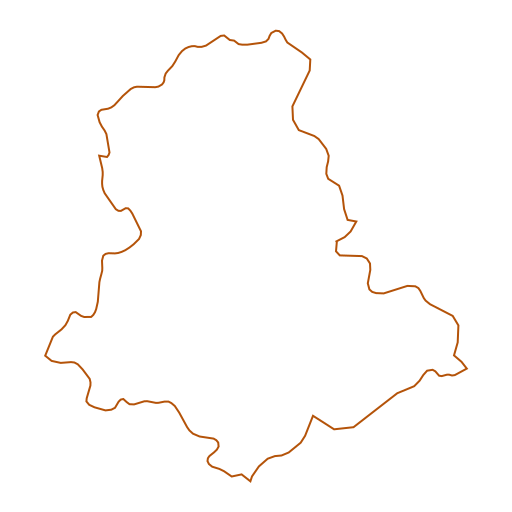 the border of Haute-Vienne
{"feature_id": "FRA-5303", "entity_name": "Haute-Vienne", "entity_type": "Metropolitan department", "adm_level": 1, "iso_a3": "FRA", "parent_name": "France", "parent_adm1": "", "projection": "orthographic", "projection_center": [1.157, 45.922], "detail": "fine", "context": "isolated", "style": "outline", "palette": "amber", "viewbox_px": 512, "rotation_deg": 0, "n_neighbors": 0, "source": "natural_earth", "source_scale": "10m", "svg_char_len": 2785}
<svg xmlns="http://www.w3.org/2000/svg" viewBox="0 0 512 512"><path d="M461.5,361.8L466.8,368.6L454.8,375.1L452.0,375.5L449.2,374.7L446.9,374.7L441.7,376.1L439.1,375.7L435.3,371.3L432.6,369.8L427.1,370.7L423.3,375.0L419.6,380.7L414.2,386.2L397.3,393.2L353.5,427.2L334.1,429.3L313.0,415.8L305.1,435.8L300.7,442.7L288.7,452.5L281.5,455.5L274.9,456.1L267.7,458.7L258.9,466.4L252.0,476.4L250.4,481.3L241.6,474.4L231.7,476.5L224.0,471.2L219.3,468.9L212.2,466.7L208.9,464.0L207.5,461.1L207.9,458.3L209.0,456.6L209.6,455.9L214.1,452.3L216.9,449.6L218.6,446.5L218.2,442.5L216.3,440.2L213.6,438.6L199.6,436.5L193.0,433.7L189.4,430.4L187.1,427.1L179.2,412.6L174.8,406.0L171.4,403.1L168.5,401.6L164.5,401.6L158.5,402.8L156.0,402.9L147.2,401.2L144.3,401.3L134.1,404.4L129.5,404.2L126.7,402.1L123.3,399.0L120.7,399.6L118.6,401.7L115.0,407.8L111.3,409.7L105.5,410.4L94.5,407.3L89.2,404.8L86.4,401.4L86.7,398.3L90.4,385.6L90.5,382.4L89.7,378.9L82.6,369.4L77.8,364.3L74.4,362.5L71.0,362.1L60.7,362.9L51.6,360.9L45.2,355.7L52.9,336.7L55.3,334.3L61.5,329.4L65.4,325.2L67.8,320.9L70.3,314.7L72.9,312.5L75.7,312.1L81.1,315.9L84.2,317.0L91.2,316.9L93.3,314.9L95.0,312.2L96.2,309.0L97.8,301.8L99.4,282.1L100.1,278.8L101.3,274.4L102.2,270.8L102.3,268.0L102.0,260.6L103.3,255.7L105.6,253.9L108.6,253.2L114.9,253.4L118.1,253.0L121.6,251.9L125.3,250.2L129.5,247.5L133.6,244.3L139.0,239.0L140.8,235.1L141.0,231.3L132.3,213.6L130.4,210.7L128.2,208.4L125.7,208.2L120.9,210.9L118.4,210.8L115.8,209.2L104.7,193.3L103.3,190.0L102.4,186.8L102.1,183.8L102.1,181.0L102.7,175.1L102.7,172.0L102.2,168.2L99.2,155.7L107.0,157.0L108.6,155.0L109.5,152.5L106.4,134.1L104.6,130.5L101.9,126.6L99.6,122.2L97.6,115.0L98.9,111.5L101.4,109.8L108.1,108.7L111.3,107.4L114.4,105.2L122.9,95.9L130.7,89.0L134.0,87.3L137.0,86.7L155.2,87.2L158.4,86.6L162.0,84.5L163.6,82.4L164.3,80.3L164.4,77.4L165.7,73.5L167.9,70.7L172.3,66.1L175.2,61.6L178.7,55.1L182.0,51.1L185.3,48.5L188.6,47.0L191.8,46.2L194.8,46.1L197.8,46.9L201.5,46.9L206.0,45.6L220.7,35.9L224.2,35.5L229.8,40.0L234.1,40.6L238.6,44.1L242.4,44.7L247.1,44.7L261.4,42.8L266.0,41.4L268.5,38.9L269.6,35.9L271.3,33.0L275.7,30.7L279.1,31.1L282.1,33.5L284.1,36.6L285.6,39.7L287.3,42.5L301.9,52.5L310.3,59.5L309.7,70.5L292.4,106.4L293.0,119.8L298.8,130.1L314.3,136.0L318.7,139.1L326.2,148.9L328.7,155.8L328.1,161.5L326.7,167.1L326.3,173.8L328.2,178.8L339.1,185.7L342.5,195.6L344.1,209.1L347.6,219.9L356.3,221.5L350.6,231.5L344.7,237.1L336.4,241.4L336.8,242.2L336.0,251.3L339.8,255.4L362.0,256.1L366.8,258.5L370.0,263.5L370.3,269.9L367.8,283.3L369.4,289.4L372.2,291.9L376.1,293.1L383.7,293.4L407.4,285.9L415.3,286.3L418.4,288.1L420.3,290.9L423.8,298.1L425.6,300.6L430.0,304.2L452.7,315.9L458.4,325.4L457.7,342.4L454.0,355.4L461.5,361.8Z" fill="none" stroke="#b45309" stroke-width="2"/></svg>